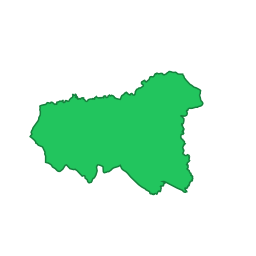 outline of Sussundenga, Manica, Mozambique, rotated 305°
{"feature_id": "85939544B81104327117882", "entity_name": "Sussundenga", "entity_type": "district", "adm_level": 2, "iso_a3": "MOZ", "parent_name": "Mozambique", "parent_adm1": "Manica", "projection": "orthographic", "projection_center": [33.326, -19.678], "detail": "fine", "context": "isolated", "style": "filled", "palette": "green", "viewbox_px": 256, "rotation_deg": 305, "n_neighbors": 0, "source": "geoboundaries", "source_scale": "gbopen_adm2", "svg_char_len": 5881}
<svg xmlns="http://www.w3.org/2000/svg" viewBox="0 0 256 256"><g transform="rotate(305 128 128)"><path d="M188.3,119.4L187.7,119.2L185.2,119.5L184.6,119.4L183.9,118.7L183.4,117.5L182.9,117.1L182.3,116.8L179.8,117.5L177.4,116.8L176.4,116.7L176.1,116.3L176.1,115.5L176.6,114.4L176.5,114.1L173.6,112.8L172.7,113.1L172.0,113.8L172.1,115.1L171.9,115.8L171.3,116.3L170.8,116.3L167.8,115.2L167.2,114.1L165.5,113.6L164.5,112.9L163.9,113.1L162.1,113.1L161.2,113.7L160.4,113.9L159.8,114.3L158.8,114.3L158.3,113.9L158.0,113.2L158.5,111.6L158.4,111.2L157.7,110.7L157.2,110.6L156.6,110.9L156.2,110.6L155.8,108.8L156.2,107.7L156.3,106.1L155.9,105.9L155.4,106.1L155.0,105.5L154.3,105.3L153.1,105.3L151.0,104.4L149.6,104.6L147.0,105.3L146.4,104.1L145.3,101.3L145.4,100.5L145.0,99.6L145.6,98.9L145.8,97.4L145.3,95.7L144.4,95.5L144.2,95.2L144.4,94.0L142.8,93.4L142.0,93.7L141.5,93.7L140.7,93.1L140.5,92.5L141.3,91.3L141.0,90.6L140.1,90.0L139.9,90.4L139.4,90.5L139.1,90.3L138.9,90.6L138.7,90.6L138.6,89.9L138.2,89.3L137.2,88.7L137.0,88.0L136.7,87.9L136.8,87.6L135.8,86.9L135.3,84.8L135.2,84.2L135.4,84.0L134.3,83.7L133.7,83.4L132.8,84.0L132.4,84.0L132.3,83.8L132.4,83.3L132.1,82.6L131.7,82.6L131.6,82.1L131.1,82.1L131.0,81.7L130.0,80.4L128.4,79.2L127.5,79.3L126.2,79.0L125.8,78.4L125.8,77.4L126.4,76.0L126.1,74.9L126.3,74.5L127.1,74.4L127.0,73.8L125.8,72.6L124.4,72.4L124.1,71.2L123.1,70.7L122.9,70.1L123.0,69.7L123.8,69.5L124.4,68.6L124.0,68.2L123.3,68.3L123.1,67.7L123.1,67.4L124.3,67.3L125.2,66.9L125.5,65.8L125.4,65.5L124.4,65.6L123.8,65.0L123.7,64.5L124.0,64.0L123.9,63.6L123.5,63.6L122.9,64.4L121.6,64.8L120.9,64.8L119.8,64.2L117.8,63.9L116.5,64.2L115.8,64.0L115.2,63.2L115.3,62.3L114.7,61.2L114.2,61.1L114.0,61.5L113.5,61.6L113.1,61.2L112.3,61.1L112.0,60.9L111.9,60.4L112.1,59.8L113.3,59.0L113.2,58.8L111.7,58.2L110.9,56.7L109.3,56.0L108.5,55.0L107.6,55.2L107.1,55.8L106.6,55.9L106.2,55.5L106.0,54.8L105.3,54.4L105.6,51.6L105.4,50.8L105.0,50.2L104.0,50.2L103.6,50.0L102.9,48.1L102.4,47.3L100.8,47.2L100.1,47.0L97.4,44.5L95.7,43.3L95.2,43.4L94.1,44.5L92.3,45.4L91.2,46.8L88.2,48.7L85.5,49.0L83.8,49.9L82.4,50.2L73.8,50.1L71.6,50.7L70.7,50.7L69.4,51.0L68.7,51.3L68.0,52.6L67.5,52.9L65.9,52.7L64.8,52.8L64.8,54.3L64.3,58.5L63.7,60.4L62.8,61.0L63.0,62.7L62.6,63.7L62.5,64.5L63.5,68.8L60.6,73.9L59.0,74.7L57.8,76.6L52.6,80.2L53.6,83.0L53.8,85.7L53.6,86.8L52.8,88.4L53.0,91.8L52.5,94.2L52.5,95.7L53.4,97.1L54.1,97.4L56.8,98.2L61.4,98.0L62.5,98.8L61.4,103.8L62.8,107.4L63.9,108.4L63.8,109.6L63.9,110.5L62.3,118.1L62.8,118.4L63.6,119.2L63.9,120.0L63.7,120.6L62.4,121.5L62.2,124.4L61.4,125.2L60.8,126.4L60.7,127.0L60.8,127.6L62.5,129.0L63.4,129.0L65.1,128.5L66.2,128.4L66.8,128.4L67.3,128.8L68.1,129.0L71.0,128.7L75.2,127.3L77.9,124.6L79.6,124.3L80.5,124.4L80.9,125.0L81.6,127.0L81.9,128.7L81.9,129.8L78.1,132.8L77.7,133.7L77.8,134.3L79.6,135.8L80.6,136.3L81.2,137.3L84.0,138.3L85.1,138.4L87.0,139.0L91.2,142.3L93.0,143.0L91.1,146.2L90.8,148.2L91.0,151.2L90.7,153.5L89.4,158.3L87.7,169.1L87.6,173.2L88.0,177.2L87.7,178.1L88.2,182.0L87.9,182.6L87.1,183.5L87.0,184.1L87.9,184.9L88.0,185.3L87.6,185.8L88.2,187.1L88.7,187.5L89.2,187.2L89.8,187.8L90.2,188.3L90.3,189.5L90.8,189.6L92.3,189.1L93.9,189.4L94.3,189.6L94.2,190.7L94.6,190.9L95.6,190.6L96.5,190.1L97.7,189.7L98.5,188.8L98.6,188.4L98.8,188.1L99.3,188.2L99.4,188.8L100.2,189.1L100.5,189.8L100.9,190.1L101.4,190.0L102.1,189.5L103.2,189.3L103.5,189.8L104.2,189.9L104.8,189.7L104.4,188.9L104.1,187.3L104.8,188.1L105.3,190.1L107.0,202.9L108.1,208.2L107.7,210.0L107.8,210.9L108.3,211.9L109.1,212.2L109.5,212.7L109.8,212.5L110.4,210.3L111.3,209.2L111.8,209.5L112.1,210.4L113.0,211.0L113.7,210.8L114.0,210.4L114.3,210.3L115.0,210.7L115.8,210.5L116.0,210.9L116.4,210.4L117.7,210.5L118.2,210.0L118.8,209.7L119.3,210.0L121.1,210.3L121.6,210.9L122.4,210.6L122.7,210.0L123.6,210.1L124.2,209.6L124.5,209.0L125.4,208.7L125.7,207.5L125.4,207.3L125.3,206.9L126.2,206.3L126.9,205.5L126.7,204.7L127.3,203.9L127.4,203.2L128.2,202.6L128.2,200.2L128.4,199.8L129.9,200.0L130.7,199.2L131.4,199.1L132.1,198.0L131.5,197.3L131.6,197.0L132.7,197.0L133.3,196.7L133.7,196.7L135.9,197.2L136.7,197.1L136.8,196.5L137.2,195.9L138.7,195.4L138.9,195.0L139.5,194.9L139.4,194.3L140.5,193.8L140.3,192.1L138.9,191.6L138.2,190.5L138.1,189.9L138.5,188.8L138.4,187.7L138.9,187.3L140.6,187.1L141.1,186.7L141.9,186.5L141.9,185.6L142.6,185.1L143.1,184.2L143.5,183.9L144.1,183.9L144.7,183.6L145.4,183.7L146.1,183.3L146.8,183.8L147.2,183.7L147.9,183.8L147.8,182.9L149.1,182.1L149.4,181.2L149.3,180.3L150.0,179.4L149.8,178.8L149.9,177.8L150.3,177.5L150.2,177.0L151.0,176.2L151.5,176.1L152.3,175.6L153.5,175.4L154.1,176.0L154.2,176.6L155.6,176.7L156.1,175.9L155.9,175.0L156.0,174.6L156.9,174.6L157.4,174.3L157.5,175.0L158.8,174.5L159.3,174.5L159.5,173.6L160.0,173.1L159.9,172.7L160.8,171.8L160.7,171.5L161.2,171.0L161.3,170.3L161.5,170.3L161.6,170.7L161.9,170.6L162.1,169.9L162.3,169.8L162.4,170.1L163.3,170.6L164.0,170.5L165.2,169.9L166.0,169.7L166.5,169.0L167.3,168.8L167.6,168.5L167.9,167.1L168.4,166.2L168.1,165.1L168.3,164.5L168.7,164.7L169.7,166.9L170.6,167.9L172.0,168.6L172.7,168.6L174.0,168.1L174.5,167.6L175.1,166.5L175.5,166.2L176.2,166.2L176.4,166.7L176.7,166.8L178.1,166.4L179.1,166.7L179.3,166.8L180.2,168.3L181.0,169.3L183.8,171.5L184.8,173.0L186.1,173.5L187.8,175.0L189.2,175.5L190.6,175.4L191.2,175.1L191.6,174.5L192.1,173.2L192.0,172.8L192.7,171.4L194.3,169.8L195.5,168.2L196.4,167.6L197.9,167.3L199.0,166.5L200.2,166.1L200.4,165.6L200.4,163.9L200.0,160.9L199.3,158.5L199.5,155.6L199.3,153.8L200.6,147.9L201.0,146.9L201.1,145.9L202.7,143.6L202.9,142.6L203.5,141.9L202.1,140.0L201.1,138.4L200.9,137.7L201.0,135.1L199.6,133.4L198.9,131.9L198.8,131.1L198.4,130.2L197.9,129.3L196.3,128.9L195.7,128.5L194.3,128.3L192.2,127.1L191.9,126.0L192.3,125.2L192.2,124.5L191.3,123.3L190.0,122.2L189.5,120.2L188.5,120.1L188.3,119.4Z" fill="#22c55e" stroke="#15803d" stroke-width="1.5"/></g></svg>